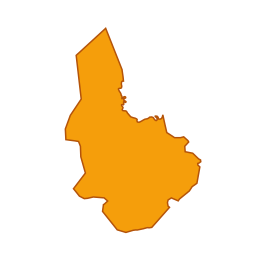 outline of Ngala, Borno, Nigeria, rotated 349°
{"feature_id": "59680162B65219804693248", "entity_name": "Ngala", "entity_type": "district", "adm_level": 2, "iso_a3": "NGA", "parent_name": "Nigeria", "parent_adm1": "Borno", "projection": "natural_earth1", "projection_center": [14.207, 12.351], "detail": "fine", "context": "isolated", "style": "filled", "palette": "amber", "viewbox_px": 256, "rotation_deg": 349, "n_neighbors": 0, "source": "geoboundaries", "source_scale": "gbopen_adm2", "svg_char_len": 2097}
<svg xmlns="http://www.w3.org/2000/svg" viewBox="0 0 256 256"><g transform="rotate(349 128 128)"><path d="M163.4,209.1L165.0,207.5L176.2,201.5L179.8,197.8L185.1,195.4L191.1,179.9L189.5,177.7L189.7,176.1L190.8,176.0L193.0,175.0L193.1,173.2L191.4,171.8L186.7,165.1L179.6,162.2L180.2,156.8L184.9,153.3L184.4,151.8L181.0,147.3L177.7,147.5L171.9,146.4L167.2,141.8L165.2,139.9L164.9,131.3L164.7,121.7L164.0,123.4L162.8,125.0L161.5,125.4L159.9,125.1L159.6,124.3L159.6,123.2L158.7,121.9L157.1,121.5L156.9,122.0L157.7,122.9L158.4,124.2L158.2,125.5L157.0,126.1L156.0,125.3L155.3,123.9L154.7,122.5L153.4,121.7L151.3,121.5L150.0,122.3L148.6,122.6L146.2,122.6L144.0,123.3L142.3,123.9L140.0,124.5L138.4,123.9L138.1,122.6L138.6,121.5L138.3,120.8L137.0,119.8L135.1,118.9L133.7,118.1L132.9,117.6L132.4,116.8L131.9,116.0L130.8,114.0L130.4,113.4L130.0,112.1L129.6,111.3L129.1,110.8L127.9,110.5L126.4,110.0L126.0,109.7L125.8,108.8L126.5,107.9L127.0,107.0L126.7,106.1L126.4,105.6L126.0,104.8L126.2,103.9L126.9,103.8L127.9,104.3L128.4,103.9L128.5,103.2L128.6,101.6L128.9,101.4L129.4,101.6L130.1,102.2L130.6,102.4L130.8,102.2L131.0,101.9L131.0,101.6L130.6,101.2L129.7,100.4L129.2,99.9L129.4,98.9L130.0,98.5L130.8,98.2L131.4,98.0L131.6,97.4L131.3,96.9L130.9,96.6L129.9,96.6L128.2,98.1L127.7,98.1L127.6,97.8L127.8,97.3L128.1,96.5L128.1,96.4L128.0,95.5L127.6,94.6L127.6,93.5L127.4,92.4L126.9,91.1L126.5,90.3L126.0,88.0L126.2,87.6L126.5,87.5L127.3,87.4L128.6,87.6L129.3,87.2L129.8,86.0L129.9,84.7L129.8,83.6L130.5,81.6L130.9,81.2L131.5,80.9L132.2,81.1L132.5,81.1L132.5,80.9L132.6,80.1L132.9,76.8L133.2,70.7L133.3,69.6L125.1,25.9L91.0,46.8L87.6,90.7L73.8,104.6L66.3,117.0L64.8,127.6L73.2,130.4L76.9,131.8L77.8,136.9L76.2,147.3L77.6,164.1L62.9,177.2L64.3,179.8L67.3,185.6L71.6,189.0L74.9,189.3L80.8,189.1L91.2,192.0L94.1,195.8L90.1,198.3L89.3,198.5L87.1,205.0L91.0,212.5L98.0,225.9L106.0,230.1L113.5,229.4L115.8,229.5L117.7,229.9L123.9,229.8L127.5,229.5L128.7,229.6L129.5,230.0L132.4,230.1L153.6,213.8L152.4,212.2L152.5,208.7L153.6,206.3L157.2,204.9L163.4,209.1Z" fill="#f59e0b" stroke="#b45309" stroke-width="1.5"/></g></svg>